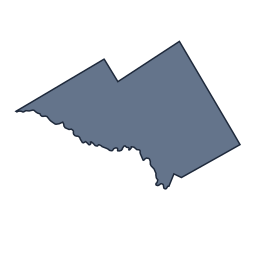 Webb, Texas, United States of America (Natural Earth projection), rotated 330°
{"feature_id": "52423323B96012126646205", "entity_name": "Webb", "entity_type": "district", "adm_level": 2, "iso_a3": "USA", "parent_name": "United States of America", "parent_adm1": "Texas", "projection": "natural_earth1", "projection_center": [-99.706, 27.732], "detail": "fine", "context": "isolated", "style": "filled", "palette": "slate", "viewbox_px": 256, "rotation_deg": 330, "n_neighbors": 0, "source": "geoboundaries", "source_scale": "gbopen_adm2", "svg_char_len": 1823}
<svg xmlns="http://www.w3.org/2000/svg" viewBox="0 0 256 256"><g transform="rotate(330 128 128)"><path d="M51.6,57.4L39.3,57.5L39.8,58.5L41.2,58.6L42.6,59.2L44.0,60.2L44.8,61.4L45.7,61.9L48.2,61.9L50.9,63.8L54.5,64.9L55.4,65.6L56.4,68.5L57.4,70.2L58.8,71.6L58.9,72.1L58.7,73.1L59.2,74.6L60.1,75.4L62.3,76.3L63.6,77.6L64.2,81.8L64.8,83.8L66.9,88.2L67.7,88.8L70.5,89.9L74.4,90.3L74.3,92.3L73.5,94.4L73.7,96.4L76.2,99.8L78.4,100.7L78.9,101.9L79.2,102.7L79.1,103.6L78.2,104.9L77.8,106.3L78.2,108.0L79.2,109.2L80.6,110.1L81.2,111.3L81.4,112.0L81.1,114.0L81.2,117.8L82.1,118.6L84.5,118.6L85.3,120.9L85.7,122.8L86.5,123.4L87.7,123.1L88.1,122.8L88.5,121.4L89.3,121.7L90.2,124.0L90.7,126.6L91.4,127.5L92.3,128.2L92.7,128.3L94.0,127.8L94.6,128.0L96.1,130.3L96.2,131.1L99.4,135.1L100.5,136.9L100.7,138.0L102.0,139.2L102.9,139.7L103.5,139.7L105.2,138.8L107.3,139.0L108.2,139.6L108.7,140.5L108.5,141.2L107.8,142.0L107.7,142.6L109.2,143.6L111.1,144.0L112.8,143.3L112.9,142.8L115.5,141.7L116.5,142.0L117.1,143.9L117.9,144.7L118.7,145.2L118.7,146.5L117.9,147.1L117.9,147.5L118.5,147.7L120.6,147.0L121.1,146.7L121.4,145.9L121.6,145.9L123.6,147.6L124.8,151.1L125.5,151.6L126.5,152.3L127.0,152.9L127.1,153.5L126.7,154.6L126.2,155.2L125.8,156.5L125.0,163.4L125.3,163.7L126.1,163.7L126.9,163.3L128.9,163.2L130.6,164.6L131.0,165.4L131.0,166.0L130.6,168.2L130.3,168.6L129.2,170.6L129.1,172.5L130.1,176.5L129.5,181.4L128.7,182.5L127.6,185.3L127.6,186.2L127.9,187.8L125.9,189.8L124.6,190.0L123.8,191.1L124.0,191.7L124.8,192.6L125.6,192.9L127.1,192.9L128.3,192.6L129.2,193.0L130.1,194.3L130.1,195.0L129.0,197.9L129.5,199.0L130.1,199.5L131.0,199.6L133.2,198.4L134.3,198.9L144.8,190.7L149.5,197.6L197.0,198.2L216.7,198.4L216.7,185.4L215.8,78.7L142.4,82.8L141.8,57.4L141.7,56.4L51.6,57.4Z" fill="#64748b" stroke="#1e293b" stroke-width="1.5"/></g></svg>